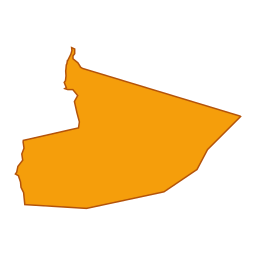 outline of Sulphur Springs, Soufrière, Saint Lucia
{"feature_id": "8701671B77198875782479", "entity_name": "Sulphur Springs", "entity_type": "district", "adm_level": 2, "iso_a3": "LCA", "parent_name": "Saint Lucia", "parent_adm1": "Soufrière", "projection": "mercator", "projection_center": [-61.049, 13.841], "detail": "fine", "context": "isolated", "style": "filled", "palette": "amber", "viewbox_px": 256, "rotation_deg": 0, "n_neighbors": 0, "source": "geoboundaries", "source_scale": "gbopen_adm2", "svg_char_len": 712}
<svg xmlns="http://www.w3.org/2000/svg" viewBox="0 0 256 256"><path d="M67.4,60.6L67.0,63.0L66.9,63.7L66.3,64.9L65.9,69.3L65.7,70.7L65.7,71.4L66.0,75.9L65.5,80.3L65.4,80.8L64.2,82.4L66.3,87.6L64.8,88.6L67.8,89.6L72.8,89.6L77.7,95.6L76.8,97.2L74.4,101.5L76.9,112.6L79.4,121.9L78.5,127.9L70.8,129.6L23.3,140.4L23.1,142.0L24.0,148.2L21.8,154.0L22.7,160.2L17.9,166.4L16.7,172.2L15.4,174.0L18.4,175.7L20.5,182.0L21.0,187.3L23.6,192.6L24.4,200.6L24.8,204.6L86.5,208.4L164.0,191.8L197.0,169.5L207.5,149.6L240.6,116.5L240.1,116.1L82.5,68.4L80.4,67.1L80.4,66.8L77.9,62.8L73.0,58.8L73.0,55.9L74.7,53.7L74.7,49.0L71.6,47.6L71.9,50.5L70.9,54.1L67.7,60.6L67.4,60.6Z" fill="#f59e0b" stroke="#b45309" stroke-width="1.5"/></svg>